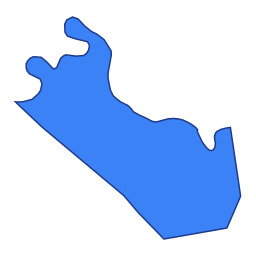 Meade, Kentucky, United States of America
{"feature_id": "52423323B30136231035834", "entity_name": "Meade", "entity_type": "district", "adm_level": 2, "iso_a3": "USA", "parent_name": "United States of America", "parent_adm1": "Kentucky", "projection": "albers", "projection_center": [-86.246, 37.999], "detail": "fine", "context": "isolated", "style": "filled", "palette": "blue", "viewbox_px": 256, "rotation_deg": 0, "n_neighbors": 0, "source": "geoboundaries", "source_scale": "gbopen_adm2", "svg_char_len": 1215}
<svg xmlns="http://www.w3.org/2000/svg" viewBox="0 0 256 256"><path d="M28.5,60.0L27.5,61.1L26.2,63.8L26.2,68.0L27.2,71.1L29.4,73.8L40.2,79.1L41.9,83.7L40.7,90.0L38.3,93.8L32.2,99.3L23.6,101.6L19.9,102.0L15.4,101.9L42.2,127.2L123.8,195.6L138.5,212.9L163.9,239.0L226.9,228.0L236.5,205.8L240.6,196.1L237.8,177.0L231.4,134.2L230.4,127.4L225.9,128.1L220.9,129.4L217.0,131.4L215.7,132.8L214.6,135.7L214.5,137.7L215.4,143.7L214.9,146.9L214.2,148.5L213.3,149.8L211.4,150.6L210.2,150.5L208.8,149.8L206.4,147.5L203.0,143.2L201.6,140.8L198.6,134.4L197.2,131.0L197.6,129.8L197.0,129.0L194.9,126.8L191.6,124.5L188.0,122.4L182.6,119.9L178.2,118.9L174.1,118.5L168.2,118.8L156.7,121.9L154.6,121.9L151.6,121.1L146.4,118.3L139.6,115.2L133.5,111.9L131.3,108.9L128.0,105.6L120.6,101.9L115.7,98.1L113.2,95.7L113.0,95.4L110.3,89.9L108.0,77.8L108.1,72.7L111.3,55.2L111.1,50.9L104.1,39.7L97.0,34.2L91.3,31.4L85.7,26.8L84.5,25.8L78.0,18.9L72.5,17.0L66.6,20.0L66.0,21.4L64.7,24.2L65.0,32.2L67.5,36.2L75.4,38.8L87.5,41.7L89.5,45.6L88.5,50.2L86.4,53.6L83.4,55.6L75.9,56.1L65.9,54.8L63.9,55.6L60.7,58.2L56.7,67.5L54.4,68.8L52.9,68.6L46.9,62.0L41.2,57.3L33.4,56.7L30.2,58.2L28.5,60.0Z" fill="#3b82f6" stroke="#1e3a8a" stroke-width="1.5"/></svg>